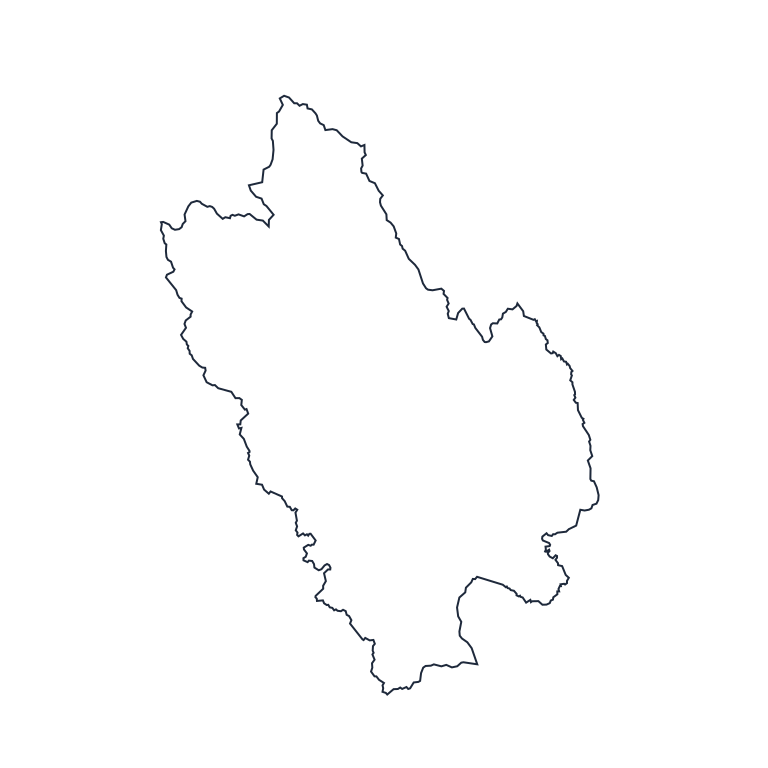 outline of Mariscal Caceres, San Martín, Peru, rotated 347°
{"feature_id": "86281439B62722708065748", "entity_name": "Mariscal Caceres", "entity_type": "district", "adm_level": 2, "iso_a3": "PER", "parent_name": "Peru", "parent_adm1": "San Martín", "projection": "natural_earth1", "projection_center": [-77.093, -7.224], "detail": "fine", "context": "isolated", "style": "outline", "palette": "slate", "viewbox_px": 768, "rotation_deg": 347, "n_neighbors": 0, "source": "geoboundaries", "source_scale": "gbopen_adm2", "svg_char_len": 6154}
<svg xmlns="http://www.w3.org/2000/svg" viewBox="0 0 768 768"><g transform="rotate(347 384 384)"><path d="M535.6,349.2L536.0,344.4L532.1,335.5L530.7,337.8L526.0,340.2L521.6,338.5L518.9,341.2L515.7,342.2L514.2,345.8L512.6,347.3L510.8,347.1L508.0,350.5L503.7,349.3L501.8,350.1L499.9,353.4L500.3,362.0L495.8,366.1L492.8,366.2L491.5,365.7L490.3,363.2L490.2,360.0L485.6,349.9L485.0,346.2L483.9,345.5L482.7,340.9L481.6,339.6L478.9,328.5L477.2,328.2L472.2,331.5L468.9,337.4L462.0,334.4L461.9,329.9L463.5,327.5L462.4,322.8L465.1,320.1L464.4,316.2L465.3,314.5L462.3,309.6L463.4,306.8L461.3,304.0L452.4,303.6L448.1,302.0L446.5,300.2L444.6,294.8L443.3,280.1L441.0,274.8L436.3,267.6L434.6,258.9L432.6,256.3L432.6,253.6L431.1,251.7L431.2,246.1L428.4,244.0L429.8,240.1L428.9,232.6L426.7,228.2L423.5,224.9L424.5,219.2L421.1,209.5L421.0,206.0L422.0,202.7L425.3,200.0L422.3,194.5L420.3,186.3L415.5,182.9L413.9,175.0L410.2,173.4L409.7,172.3L410.2,168.8L412.3,166.4L413.1,159.4L417.8,156.8L417.2,153.9L418.7,146.7L415.0,147.3L412.2,143.3L406.5,141.1L399.3,133.4L395.0,126.1L391.2,124.1L384.0,123.4L383.5,118.2L380.4,115.7L379.1,112.7L379.0,107.3L378.1,104.8L375.5,100.2L371.5,98.3L371.7,94.5L367.9,93.0L364.3,93.9L362.4,90.9L359.7,90.3L355.9,83.5L351.5,80.7L346.7,82.3L348.2,89.3L343.0,94.9L340.6,95.9L338.1,106.3L331.7,111.5L329.7,119.5L330.4,122.1L329.0,131.1L326.0,140.0L322.8,144.9L321.0,146.5L314.9,148.0L310.7,160.0L297.1,160.0L297.7,165.6L301.5,172.8L306.4,175.8L307.3,181.8L309.5,184.1L314.5,194.3L308.8,198.2L307.1,204.6L302.7,197.5L296.8,195.2L291.3,188.1L289.3,187.8L285.4,189.2L280.4,186.0L276.5,186.5L274.4,185.1L272.4,185.6L271.2,187.8L266.9,185.8L264.0,186.8L259.5,180.4L257.9,175.0L256.4,172.8L254.3,171.5L251.7,171.6L247.0,167.4L245.7,165.0L242.8,163.5L237.0,163.9L233.3,166.9L227.8,174.0L227.2,180.7L223.9,182.8L222.1,185.7L219.2,187.0L215.0,186.7L212.2,184.5L210.6,180.4L205.3,176.4L203.1,176.2L203.5,178.2L201.2,183.9L202.9,189.9L201.6,192.8L202.0,197.5L203.3,199.1L201.4,205.4L200.6,211.3L201.4,214.4L204.0,216.9L204.6,223.2L205.7,225.2L204.0,227.2L197.1,228.7L195.5,231.1L202.6,245.8L202.9,250.6L204.1,254.1L206.0,255.3L205.3,257.8L208.4,264.9L213.4,270.2L211.2,272.8L210.7,274.9L205.1,277.5L203.1,280.6L203.7,284.7L197.3,290.5L198.5,294.9L201.0,298.3L200.8,301.1L201.9,302.9L200.8,305.0L202.0,308.0L201.5,310.8L203.1,312.8L203.5,316.6L208.1,324.6L210.7,327.1L213.4,328.0L213.2,330.8L210.0,334.9L211.6,342.4L216.6,346.7L219.0,347.0L221.5,350.8L233.5,357.3L236.1,364.4L239.9,365.2L241.9,367.5L240.2,372.4L242.7,377.7L244.4,377.5L245.0,382.3L236.2,387.3L234.9,391.0L232.0,390.4L232.7,394.7L235.2,394.7L232.1,400.7L235.1,406.0L236.2,414.2L237.9,419.0L237.7,420.0L236.0,420.6L236.6,423.5L234.5,427.2L235.9,429.5L235.6,432.2L237.0,439.0L240.0,446.4L237.1,452.5L242.5,454.7L243.4,459.9L247.1,465.0L249.3,463.2L259.3,470.7L259.0,472.4L260.9,475.8L262.2,481.7L264.6,482.5L265.7,486.2L267.3,486.7L269.5,485.3L271.2,487.0L268.8,489.4L268.4,497.6L266.8,499.4L267.3,503.2L265.1,506.7L266.3,509.3L265.4,511.5L266.4,513.2L271.5,511.4L272.9,513.7L275.1,513.1L276.0,514.7L277.6,513.2L278.8,513.4L282.2,521.1L279.3,524.7L277.5,524.3L276.2,525.1L274.0,523.7L269.0,525.4L268.8,527.2L270.8,531.7L268.9,534.7L266.3,535.6L265.9,537.7L269.5,540.4L271.1,539.2L274.2,540.3L275.3,543.8L274.9,547.2L278.5,550.8L281.4,550.4L285.3,547.4L288.0,546.6L289.8,548.1L290.5,551.0L289.9,552.6L287.7,552.1L283.0,554.9L283.0,563.0L279.3,566.9L278.7,569.8L269.7,575.1L269.2,576.3L270.2,578.0L269.9,580.3L275.8,581.1L276.3,584.2L278.5,586.5L280.0,586.6L280.9,589.4L283.3,590.5L284.5,593.3L286.5,592.8L287.7,594.5L290.9,595.7L293.3,594.8L295.6,596.7L295.7,600.5L297.8,602.3L299.1,606.8L297.0,609.8L305.6,628.0L306.5,628.9L308.6,627.2L312.4,630.6L316.1,631.0L316.6,635.1L314.3,636.9L313.0,641.3L313.4,643.6L311.9,644.9L312.8,650.5L309.5,653.4L308.8,657.8L306.7,661.3L309.0,666.7L310.8,667.2L312.6,671.1L316.7,675.3L314.8,677.3L314.8,680.2L313.3,683.6L316.3,685.4L317.3,687.3L324.7,683.5L328.9,684.3L331.5,683.4L333.1,685.2L337.7,684.3L339.0,686.6L341.0,686.4L345.8,681.5L350.5,682.0L352.4,681.4L355.1,674.0L358.4,669.2L361.1,668.1L366.3,669.0L369.5,668.4L376.4,672.0L381.5,671.7L386.4,675.4L391.9,675.5L396.6,672.9L398.8,673.0L411.8,678.1L410.0,661.1L407.1,654.4L402.7,649.5L401.2,646.3L401.8,642.1L405.8,633.1L404.0,627.1L404.9,618.2L409.4,609.0L416.3,605.3L418.0,600.9L424.4,596.9L426.7,593.9L428.9,594.6L431.3,592.8L454.6,606.3L457.0,609.4L458.1,609.0L458.6,610.7L460.3,611.5L461.1,613.3L464.1,614.7L466.0,618.3L465.6,619.7L467.6,621.3L468.9,620.9L469.2,622.1L471.1,623.2L473.3,629.0L478.0,627.3L478.1,629.6L479.4,629.0L485.6,630.3L488.7,634.7L492.7,635.5L496.2,634.8L497.8,632.5L500.1,632.1L501.0,629.9L505.6,627.9L506.2,625.1L508.0,625.5L507.9,623.0L509.9,620.4L510.9,620.7L510.9,618.9L514.6,619.2L515.3,620.1L517.5,619.2L518.0,617.0L520.5,614.4L518.1,610.9L516.6,601.5L512.9,599.7L513.2,597.7L511.5,593.9L513.5,592.2L513.9,590.5L512.7,589.5L509.3,591.8L506.6,589.4L505.5,586.8L505.6,585.5L507.7,584.0L507.6,582.6L504.1,583.9L503.3,583.4L504.5,581.7L504.8,578.8L508.9,579.2L509.7,578.1L509.1,576.1L503.6,572.2L503.2,570.4L504.0,568.3L508.8,566.0L509.9,568.2L513.3,569.8L515.0,568.4L516.8,568.9L519.5,567.9L528.3,568.9L531.5,567.0L539.4,565.2L547.0,550.7L551.0,552.4L555.4,552.6L558.1,551.8L560.0,548.8L564.1,548.4L566.6,545.3L568.1,540.6L568.0,532.5L566.7,526.0L564.2,524.8L563.7,523.0L566.3,512.6L565.4,504.4L570.7,501.1L570.1,494.9L571.3,490.7L570.9,486.2L572.5,484.8L572.1,479.8L568.4,469.9L568.5,467.7L570.5,466.9L569.7,463.6L570.5,462.8L569.1,461.4L567.1,453.1L568.4,446.1L566.7,445.4L565.3,442.2L567.4,440.4L566.9,437.6L567.8,437.1L568.3,434.6L567.5,426.8L568.0,424.7L566.3,422.3L569.0,417.9L568.5,416.7L569.2,414.5L570.6,413.7L569.0,410.5L568.9,408.1L567.6,405.6L566.7,406.1L566.4,403.3L564.4,402.5L563.5,399.2L562.2,399.7L562.5,396.5L561.0,395.0L559.2,395.9L558.3,392.6L556.2,390.5L555.3,391.9L553.6,391.8L549.9,386.9L550.6,381.9L552.8,380.9L553.1,378.2L551.8,376.6L551.6,373.4L550.4,372.5L550.7,370.8L548.9,368.8L548.1,363.8L546.4,361.1L547.2,360.3L546.5,358.9L547.1,357.1L546.3,357.3L545.5,354.8L544.1,355.1L535.6,349.2Z" fill="none" stroke="#1e293b" stroke-width="2"/></g></svg>